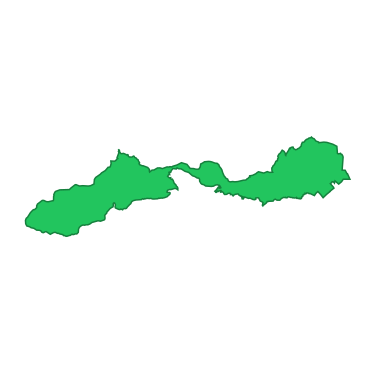 Orlat, Sibiu, Romania (Albers equal-area conic projection), rotated 30°
{"feature_id": "2599482B98199012143069", "entity_name": "Orlat", "entity_type": "district", "adm_level": 2, "iso_a3": "ROU", "parent_name": "Romania", "parent_adm1": "Sibiu", "projection": "albers", "projection_center": [23.88, 45.707], "detail": "fine", "context": "isolated", "style": "filled", "palette": "green", "viewbox_px": 384, "rotation_deg": 30, "n_neighbors": 0, "source": "geoboundaries", "source_scale": "gbopen_adm2", "svg_char_len": 6087}
<svg xmlns="http://www.w3.org/2000/svg" viewBox="0 0 384 384"><g transform="rotate(30 192 192)"><path d="M322.4,102.0L317.6,98.5L317.3,98.8L313.8,96.6L311.1,98.0L305.4,86.2L304.3,85.2L303.0,84.5L302.4,84.8L301.3,84.2L299.9,85.7L298.7,85.9L294.6,80.0L290.1,80.2L284.0,81.6L281.2,82.9L277.2,85.9L276.7,85.4L273.9,85.9L271.0,84.8L269.8,85.1L267.9,84.7L267.8,85.6L266.3,86.8L265.7,88.3L264.8,89.2L264.2,91.1L264.3,91.8L263.9,93.0L262.7,93.8L263.0,96.2L263.6,97.8L263.2,98.8L263.1,99.9L261.8,101.9L261.7,102.5L260.6,103.6L259.9,103.6L258.1,103.6L257.3,102.6L256.9,102.6L255.6,103.7L255.3,104.4L255.5,105.2L254.6,105.3L254.8,107.6L254.6,112.5L254.9,113.4L254.3,113.2L253.5,111.9L251.4,110.8L249.2,110.7L249.0,114.2L248.4,115.6L248.4,118.1L249.6,119.1L249.6,120.6L250.2,121.8L250.1,122.7L249.5,122.9L249.3,123.9L249.6,125.6L249.6,127.1L249.5,127.9L249.1,128.8L249.3,130.5L249.1,131.1L249.5,132.0L250.8,133.8L252.0,134.6L249.3,136.3L247.0,136.7L244.7,139.7L239.5,141.2L238.7,142.6L238.2,144.2L236.1,147.3L233.9,149.1L234.7,149.9L234.1,150.3L233.6,152.5L233.1,153.0L232.9,154.1L232.3,155.0L230.6,156.1L226.5,160.0L224.0,161.8L222.0,162.6L219.9,164.2L218.1,164.4L216.4,163.0L214.3,163.1L212.8,162.3L211.9,162.1L209.0,160.0L206.8,157.9L205.2,157.0L203.0,156.2L201.6,155.0L199.5,154.6L197.4,155.5L194.3,156.0L192.3,156.6L190.9,157.3L187.7,159.6L186.6,161.8L185.5,163.4L186.4,165.7L186.6,166.9L186.4,168.6L186.1,169.1L184.0,170.3L181.7,170.9L178.6,172.5L173.8,170.6L168.2,171.9L165.5,176.1L162.5,179.3L161.8,180.5L160.2,181.1L159.6,181.9L157.8,182.8L154.7,186.5L152.3,187.1L150.1,188.4L148.1,191.9L146.4,193.1L145.3,195.9L144.6,195.2L143.9,193.8L141.4,192.9L136.6,193.7L135.6,194.2L133.0,194.5L132.0,194.0L132.1,193.2L131.9,192.8L130.2,192.0L129.1,191.0L128.0,191.1L126.7,190.5L125.1,190.7L124.0,190.0L123.3,190.2L122.5,191.8L120.3,193.0L119.1,192.9L118.0,191.8L117.6,191.8L117.3,192.5L117.1,192.6L116.1,192.5L113.4,192.8L111.7,194.1L111.0,194.3L109.1,193.3L108.3,192.2L106.9,191.8L107.9,192.6L108.0,193.7L109.0,194.4L109.9,199.7L111.0,200.2L110.4,201.1L110.3,202.6L109.6,204.0L106.2,205.7L107.8,207.9L108.6,211.1L107.6,212.2L107.0,212.5L106.2,216.8L104.1,220.7L103.7,222.5L101.3,227.6L101.2,229.9L103.1,234.1L101.0,237.3L99.2,238.7L94.2,241.2L91.5,243.1L88.0,243.6L87.2,244.1L85.1,249.2L84.6,251.2L76.4,256.3L73.7,259.5L73.4,260.2L73.4,261.6L73.6,263.3L74.2,264.0L74.4,265.1L75.9,267.8L76.2,268.8L72.3,272.4L70.5,273.2L67.8,273.4L66.5,274.2L64.2,279.7L64.4,281.7L65.2,282.9L65.2,283.6L64.5,285.9L63.6,286.5L63.2,287.3L62.4,290.6L62.2,296.0L61.6,297.7L62.0,299.9L63.9,302.7L65.9,304.0L68.7,303.3L70.5,303.4L73.2,302.5L76.5,302.7L78.9,301.5L80.4,301.2L82.0,301.9L83.0,301.8L83.8,301.4L84.7,299.9L85.5,299.2L90.4,299.5L92.3,296.5L93.6,295.3L96.1,295.1L97.4,294.4L98.3,294.5L101.4,293.5L102.5,294.0L103.3,293.5L105.1,293.3L106.3,292.4L107.3,291.2L108.2,290.5L109.2,288.5L110.0,288.5L110.8,288.0L112.0,286.5L113.2,285.9L113.7,283.8L112.3,280.9L112.1,278.9L112.6,277.4L113.3,276.0L114.1,275.1L115.7,274.4L116.6,273.4L118.3,272.4L119.7,270.5L120.6,268.4L125.0,263.9L127.4,263.0L130.1,259.8L130.0,258.7L129.2,257.3L128.1,255.9L128.7,252.7L128.4,252.3L128.4,251.2L128.6,250.9L129.3,247.3L130.4,245.2L131.0,244.5L130.7,243.3L129.6,241.5L129.6,240.8L130.4,240.2L132.1,241.4L132.7,243.2L133.6,244.1L136.9,243.8L138.4,243.3L138.9,242.3L140.7,242.1L140.6,241.8L141.5,240.2L142.6,239.8L143.4,238.9L143.6,236.8L144.1,235.2L144.1,234.6L144.8,232.8L144.6,230.4L145.6,228.7L147.5,226.9L152.0,223.9L152.5,222.6L153.9,222.3L154.3,221.4L154.9,221.3L156.2,220.0L158.7,218.8L159.6,218.0L161.0,217.9L162.4,217.2L165.8,214.9L166.3,213.9L167.1,213.7L168.3,212.6L169.2,212.3L171.2,210.5L173.0,208.2L173.1,207.1L173.9,205.2L173.6,203.8L173.2,203.6L172.5,203.7L171.0,204.6L170.4,204.6L170.0,203.5L170.1,202.5L171.5,200.9L172.5,200.5L175.4,197.4L176.9,197.0L178.6,197.2L177.8,195.7L176.7,194.9L175.4,194.7L174.8,194.0L172.0,193.2L170.2,191.6L168.6,190.7L168.1,191.3L167.0,191.2L166.4,190.2L165.4,191.1L163.1,190.7L163.0,188.5L163.9,188.2L163.6,187.9L163.7,187.6L162.2,186.5L162.3,186.1L163.4,185.8L163.7,185.4L163.4,184.0L163.7,181.3L166.9,179.9L167.0,178.6L168.6,178.6L171.2,177.4L175.6,177.6L179.3,176.7L184.3,177.7L186.7,177.2L189.5,177.3L190.9,176.6L192.2,177.2L193.2,178.8L195.4,180.1L196.7,180.3L198.7,179.8L200.8,180.0L206.0,177.5L207.8,176.1L208.6,174.6L210.3,173.0L211.3,173.0L212.2,172.5L213.6,173.0L214.7,173.8L214.1,174.2L214.3,174.8L213.6,175.0L213.4,174.5L213.0,174.8L212.6,174.1L212.3,174.7L212.0,178.0L211.4,179.9L211.8,180.0L212.0,178.8L212.4,180.2L212.8,180.4L213.2,180.2L213.5,179.1L214.0,178.9L213.8,178.4L214.7,178.2L215.0,177.4L216.1,176.5L216.7,177.6L217.1,176.8L217.5,177.3L218.2,176.6L219.7,176.9L220.5,177.6L221.6,177.8L223.3,176.6L223.7,175.4L225.4,174.1L226.1,174.2L226.6,175.0L227.3,174.4L229.0,174.4L229.2,174.8L229.6,174.8L229.7,173.9L230.6,172.4L232.8,170.6L234.2,171.2L235.9,171.3L236.0,170.9L236.6,170.9L238.6,172.3L238.7,172.8L239.8,172.5L239.9,172.0L237.7,170.8L238.8,170.6L239.8,170.8L240.2,170.5L240.2,170.0L244.1,169.3L245.4,168.3L248.6,168.0L250.3,167.3L250.3,166.7L250.8,166.4L250.2,165.4L251.3,164.4L252.6,163.8L255.6,165.7L257.8,165.5L258.8,165.7L259.6,168.3L260.3,168.6L260.3,167.8L260.9,166.8L261.9,164.2L261.9,162.6L262.6,162.4L262.8,161.9L266.8,159.3L266.8,158.1L267.6,156.6L269.6,156.6L272.0,155.3L272.3,154.9L272.6,153.1L273.9,151.0L275.7,150.1L275.8,149.8L276.3,150.0L277.3,149.4L277.4,148.6L278.2,147.8L280.4,147.3L281.4,146.7L282.3,146.7L282.8,146.2L283.5,146.1L284.9,145.1L285.3,145.1L285.3,144.6L286.1,145.0L286.6,144.5L287.3,144.6L288.5,143.6L288.9,144.0L289.4,143.7L289.4,143.4L290.0,142.9L289.6,141.9L289.8,141.2L289.6,141.0L290.1,140.4L289.7,139.3L290.2,138.5L289.9,138.3L291.0,137.1L290.8,136.7L291.2,136.8L291.6,136.5L291.8,135.4L293.5,134.7L294.3,134.9L294.9,134.3L299.8,133.9L300.0,131.1L300.8,128.7L304.5,129.8L308.4,131.4L309.8,126.6L311.3,122.6L311.1,122.5L313.0,117.7L312.1,117.1L307.6,115.6L308.3,114.0L308.2,113.0L309.4,112.5L310.9,113.1L310.3,110.9L315.1,111.8L316.4,108.3L316.6,105.3L322.4,102.0Z" fill="#22c55e" stroke="#15803d" stroke-width="1.5"/></g></svg>